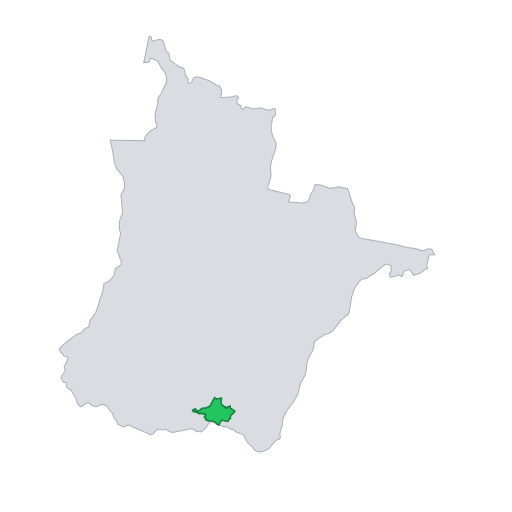 Yakoma, Équateur, Democratic Republic of the Congo shown in context, rotated 191°
{"feature_id": "63176286B72804638257173", "entity_name": "Yakoma", "entity_type": "district", "adm_level": 2, "iso_a3": "COD", "parent_name": "Democratic Republic of the Congo", "parent_adm1": "Équateur", "projection": "robinson", "projection_center": [22.422, 3.592], "detail": "fine", "context": "in_parent", "style": "filled", "palette": "green", "viewbox_px": 512, "rotation_deg": 191, "n_neighbors": 0, "source": "geoboundaries", "source_scale": "gbopen_adm2", "svg_char_len": 8115}
<svg xmlns="http://www.w3.org/2000/svg" viewBox="0 0 512 512"><g transform="rotate(191 256 256)"><path d="M421.1,341.9L387.1,348.0L387.7,350.1L387.4,352.4L386.5,354.2L383.1,359.0L377.9,363.4L377.9,364.4L380.5,369.3L382.1,376.0L381.6,387.8L382.3,391.0L382.1,393.4L380.4,396.2L376.9,410.4L379.1,417.3L385.8,423.7L389.7,428.4L396.3,430.2L397.4,429.9L397.8,425.9L403.1,424.4L402.9,449.7L402.5,451.1L401.6,451.5L400.3,450.6L399.9,448.2L398.5,447.2L392.1,450.3L390.4,450.2L388.7,449.7L387.3,448.4L387.0,446.5L382.5,439.1L380.3,438.6L377.8,432.0L367.7,427.1L363.8,426.7L361.7,425.2L359.8,420.0L356.4,416.7L355.6,412.9L355.0,412.4L352.9,413.2L351.1,419.1L348.8,420.4L344.6,420.6L334.2,418.9L326.8,415.8L324.8,416.0L321.9,413.3L320.7,408.8L321.3,405.3L320.8,404.8L309.4,407.7L306.7,409.5L304.1,409.0L303.3,408.1L304.5,405.7L303.9,403.0L303.1,401.8L299.7,400.9L298.7,398.1L296.6,397.7L295.9,398.1L295.4,400.0L294.2,400.6L287.4,399.7L280.3,402.2L270.9,401.5L266.4,404.5L265.7,404.4L264.8,402.9L263.9,398.1L264.4,396.8L265.8,395.8L266.2,393.9L265.8,389.0L266.2,387.8L265.6,384.9L264.2,380.4L262.3,376.6L258.0,371.1L257.2,368.4L257.5,362.2L258.9,352.3L258.7,345.0L257.0,340.2L256.6,335.0L257.7,325.8L256.6,323.6L235.1,322.8L234.2,322.1L233.7,320.8L234.7,315.3L221.6,316.7L217.7,317.8L215.2,320.0L214.4,322.8L214.4,326.9L212.4,330.7L211.8,337.2L208.2,337.9L204.6,337.9L197.6,336.5L190.8,338.3L187.4,340.1L185.7,339.3L179.5,339.9L178.7,339.4L171.7,326.6L168.6,322.4L168.0,320.3L168.2,318.3L167.4,315.6L164.1,309.1L163.5,306.0L163.6,301.2L163.2,299.6L160.3,295.5L158.3,294.1L156.2,293.4L121.0,293.9L109.4,293.2L100.9,293.7L96.6,293.4L95.4,292.8L91.5,293.6L89.5,295.4L86.4,296.3L84.5,295.9L80.9,291.2L85.8,290.3L86.2,289.8L86.5,278.5L85.1,276.8L87.8,274.9L92.1,269.9L96.3,268.1L96.8,267.1L97.7,267.1L99.2,269.2L102.8,272.0L107.3,269.6L107.8,268.9L108.4,264.0L109.5,263.6L111.4,264.6L112.5,264.6L114.4,263.2L120.1,260.8L121.8,263.9L120.3,266.7L121.0,268.7L121.1,271.8L122.1,272.5L126.6,272.9L127.9,272.1L136.9,260.9L139.2,259.6L143.0,255.2L148.0,253.2L150.1,249.7L153.0,243.4L154.3,234.3L153.8,218.7L154.2,216.6L160.2,209.5L166.4,196.7L170.6,193.4L173.7,192.0L178.6,187.3L182.4,182.6L181.9,177.0L182.8,172.3L184.9,166.3L185.6,160.0L184.9,153.4L185.2,147.9L188.1,139.2L188.4,129.3L190.9,120.9L196.1,110.3L198.5,102.4L198.0,94.6L198.7,88.8L198.5,85.5L197.5,82.5L198.0,80.7L199.9,79.9L202.4,77.0L206.7,69.3L211.4,65.6L214.7,64.4L218.1,64.5L220.3,65.2L223.9,68.2L228.0,70.6L231.1,73.6L234.1,78.2L241.4,79.3L244.5,81.0L246.4,81.6L247.1,81.1L248.7,81.4L252.1,82.8L254.8,82.0L268.4,85.1L269.9,83.6L273.7,75.6L276.5,72.8L281.1,72.5L284.7,74.1L286.6,74.1L303.2,67.2L305.4,66.8L311.4,68.5L315.3,67.4L316.9,67.7L320.3,66.5L323.1,61.7L325.4,60.5L349.2,65.7L352.8,63.2L354.6,62.9L359.9,64.8L361.5,67.7L364.7,70.3L367.0,74.4L370.5,76.8L372.3,79.0L374.4,80.6L378.7,81.1L384.2,77.4L388.1,77.7L392.0,79.8L393.4,79.7L396.3,77.5L397.9,75.1L399.4,74.6L401.7,75.7L403.6,77.9L405.2,81.1L411.2,88.3L417.0,91.3L418.4,95.7L420.5,95.3L421.6,95.7L423.1,98.5L424.1,99.1L424.3,100.2L422.9,102.8L421.5,107.8L423.3,110.9L421.8,115.4L421.1,120.1L423.0,121.2L425.4,121.1L427.6,123.5L429.3,123.9L431.1,126.5L430.8,128.6L425.1,136.1L416.5,145.4L413.7,146.5L412.2,148.2L411.1,150.9L408.6,153.2L406.7,154.1L406.6,160.8L403.7,167.7L402.6,169.2L401.0,180.4L401.3,182.4L399.7,191.6L400.0,200.1L395.8,202.8L392.9,207.0L391.7,210.0L391.7,216.9L387.0,221.2L386.7,222.2L387.9,227.1L389.6,227.9L389.6,229.5L393.4,234.8L393.2,251.1L393.4,252.7L395.3,256.5L396.7,263.9L395.2,273.2L400.3,290.4L398.0,296.7L399.0,302.7L402.1,309.0L409.4,315.2L411.3,317.8L413.1,321.3L414.8,326.6L421.1,341.9Z" fill="#d9dde1" stroke="#a8b0b8" stroke-width="1"/><path d="M283.5,92.6L283.4,92.4L283.4,92.2L283.5,92.3L283.8,92.4L284.2,92.5L284.9,93.1L285.2,93.6L285.4,93.9L286.1,94.2L286.5,94.4L286.8,94.2L287.0,94.0L287.2,93.9L287.4,93.7L287.5,93.6L287.9,93.5L288.0,93.4L288.1,93.2L288.3,93.1L288.6,92.8L288.7,92.5L288.8,92.2L288.7,92.1L288.8,91.9L288.7,91.7L288.3,91.7L287.8,91.8L287.4,91.7L287.3,91.4L287.1,91.6L286.9,91.6L286.6,91.4L286.4,91.4L286.4,91.5L286.2,91.9L286.0,92.0L285.9,92.0L285.7,92.0L285.7,91.9L285.3,91.7L285.2,91.5L284.9,91.5L284.9,91.3L284.7,91.4L284.4,91.4L284.2,91.3L283.9,91.3L283.7,91.1L283.4,90.9L283.1,90.7L282.9,90.7L282.6,91.0L282.4,91.0L282.1,91.1L281.9,91.1L281.7,90.9L281.8,90.5L281.8,90.4L281.7,90.4L281.6,90.7L281.4,90.7L281.2,90.7L280.9,90.5L280.7,90.8L280.4,90.9L280.2,90.8L279.9,90.8L279.7,90.8L279.4,90.8L279.2,91.0L278.8,91.2L278.7,91.2L278.5,90.9L278.4,90.8L278.2,90.8L278.0,91.0L277.8,90.9L277.7,91.0L277.4,91.1L277.2,91.3L277.0,91.1L276.8,91.0L276.7,91.1L276.4,91.0L276.2,90.8L275.8,91.0L275.8,90.8L275.6,90.9L275.2,90.6L275.1,90.4L275.0,89.9L275.3,89.8L275.3,89.7L275.3,89.2L275.5,88.6L275.7,88.3L275.8,88.2L276.0,88.1L275.6,87.6L275.3,87.5L275.2,87.3L275.1,87.2L274.9,87.3L274.6,87.2L274.6,86.9L274.3,86.3L274.1,86.3L273.9,86.1L273.7,85.7L273.6,85.8L273.4,86.1L273.2,86.0L273.0,85.3L272.9,85.3L272.7,85.4L272.5,85.5L272.4,85.4L272.2,85.2L271.6,85.3L271.4,85.3L271.1,85.3L270.8,85.1L270.6,85.0L270.3,85.2L270.1,85.3L269.8,85.5L269.6,85.5L269.4,85.4L269.2,85.4L268.8,85.3L268.1,85.3L267.9,85.4L267.7,85.4L267.2,85.4L266.8,85.5L266.2,85.5L265.8,85.5L265.5,85.5L265.0,85.3L264.6,85.3L264.2,85.1L264.0,84.9L263.8,84.8L263.6,84.7L263.3,84.4L262.9,83.9L262.3,83.5L262.1,83.4L261.9,83.4L261.7,83.3L261.2,83.3L260.9,83.1L260.8,82.9L260.7,82.9L260.3,82.9L260.0,83.2L259.9,83.5L259.8,83.9L259.8,84.1L259.7,84.8L259.6,85.2L259.5,85.6L259.3,86.2L259.0,86.9L258.7,87.3L258.6,87.5L258.2,88.2L257.7,88.4L257.3,88.5L257.0,88.5L256.8,88.4L256.4,88.4L256.1,88.3L255.6,88.2L254.8,88.0L254.7,88.0L254.4,88.1L253.9,88.3L253.7,88.3L253.3,88.3L252.7,88.3L252.3,88.3L252.1,88.4L251.9,88.4L251.5,89.2L251.5,89.6L251.4,90.2L251.2,90.4L251.1,90.5L251.0,90.8L250.9,90.9L250.9,91.0L250.6,91.3L250.3,91.6L250.2,91.6L250.1,91.9L250.1,92.0L250.1,92.3L250.3,92.4L250.3,92.5L250.4,92.9L250.4,93.3L250.5,93.7L250.6,94.1L250.3,94.4L250.2,94.9L250.1,95.1L250.0,95.3L249.8,95.5L249.4,95.9L249.2,96.1L249.0,96.3L248.7,96.7L248.6,96.9L248.4,97.0L248.4,97.4L248.3,97.7L248.1,98.2L248.0,98.3L247.9,98.4L247.8,98.5L247.8,98.8L247.7,99.0L247.4,99.1L247.2,99.0L247.1,99.4L247.1,99.5L247.5,99.8L248.0,100.1L248.5,100.3L248.8,100.5L249.2,100.6L250.8,101.2L251.3,101.4L252.1,101.8L252.3,101.9L252.3,102.0L252.4,102.6L252.5,102.9L252.6,103.0L252.7,103.4L252.7,103.7L252.7,103.8L252.8,103.9L253.0,103.8L253.4,103.3L253.9,103.1L254.1,102.9L254.3,102.6L254.6,102.5L255.1,102.4L255.3,102.2L255.5,102.1L255.8,101.5L255.9,101.3L256.1,100.8L256.2,100.7L256.3,100.7L256.6,100.7L256.7,100.8L257.0,101.7L257.1,101.9L257.2,102.1L257.3,102.2L257.5,102.2L258.0,102.0L258.2,101.9L258.4,101.9L258.6,101.9L259.1,102.5L259.3,102.6L259.6,102.6L259.8,102.7L259.9,103.0L260.1,103.1L260.5,103.3L260.9,103.5L261.0,103.5L261.2,103.4L261.4,103.5L261.5,103.6L261.6,104.0L261.8,104.2L262.0,104.8L262.1,105.0L262.3,105.6L262.4,105.8L262.5,106.0L262.5,106.3L262.5,106.6L262.5,107.0L262.5,107.3L262.6,107.6L262.6,108.0L262.6,108.4L262.6,108.7L262.7,109.0L262.7,109.4L262.7,109.5L262.7,109.9L263.1,109.8L263.3,109.8L263.3,109.7L263.5,109.5L264.0,109.5L264.1,109.4L264.4,109.3L264.5,109.2L264.8,109.1L265.0,109.0L265.4,108.9L265.5,108.9L265.8,108.8L266.2,108.5L266.4,108.5L266.9,108.2L267.1,108.0L267.3,108.1L268.0,108.5L268.6,108.6L269.1,108.7L269.3,108.9L269.3,109.0L269.5,109.2L269.9,108.4L269.9,108.0L270.1,107.7L270.0,107.4L270.1,107.2L270.2,106.9L270.4,106.7L270.5,106.7L270.7,106.4L270.8,106.2L270.8,105.7L270.8,105.3L270.8,105.2L271.1,104.5L271.7,103.1L271.9,102.7L272.0,102.5L272.1,102.1L271.8,101.6L271.9,101.2L272.2,100.7L272.4,100.5L272.6,100.2L272.8,99.8L273.0,99.6L273.1,99.4L273.4,99.3L273.6,99.3L273.7,99.1L274.0,98.8L274.2,98.6L274.3,98.5L275.1,98.2L275.4,97.9L275.7,97.7L275.8,97.3L276.1,97.2L276.8,97.0L277.1,97.0L277.8,96.9L278.3,96.7L278.9,96.6L279.4,96.4L279.7,96.2L279.8,96.0L280.0,95.5L280.4,95.5L280.5,95.5L280.7,95.4L280.8,95.2L280.9,94.9L281.0,94.6L281.2,94.3L281.2,94.2L281.6,94.1L281.8,93.8L282.0,93.8L282.3,93.6L282.5,93.5L282.8,93.0L283.5,92.6Z" fill="#22c55e" stroke="#15803d" stroke-width="1.5"/></g></svg>